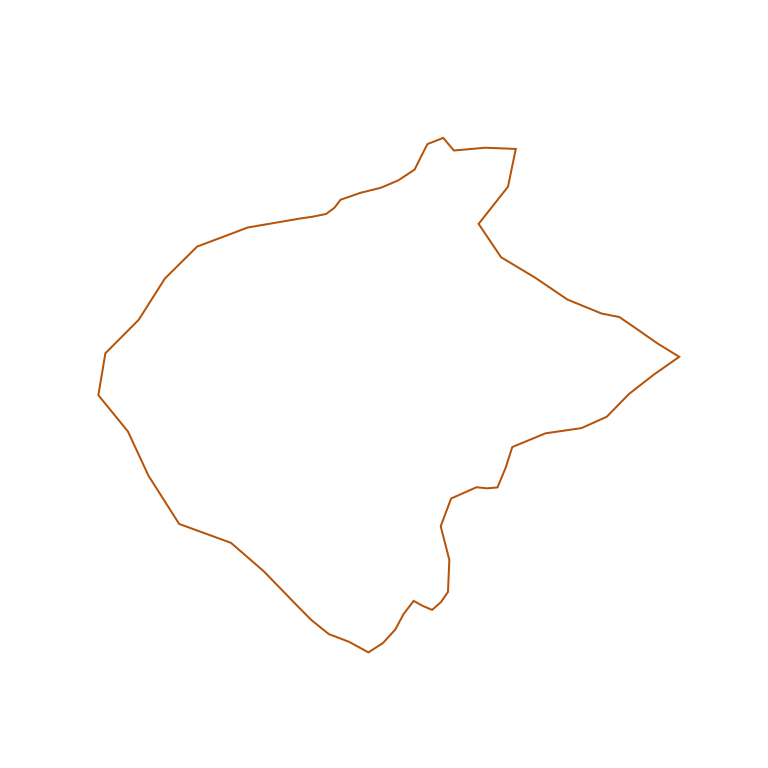 the District of İsmayıllı, rotated 196°
{"feature_id": "AZE-1705", "entity_name": "İsmayıllı", "entity_type": "District", "adm_level": 1, "iso_a3": "AZE", "parent_name": "Azerbaijan", "parent_adm1": "", "projection": "equal_earth", "projection_center": [48.077, 40.788], "detail": "fine", "context": "isolated", "style": "outline", "palette": "amber", "viewbox_px": 768, "rotation_deg": 196, "n_neighbors": 0, "source": "natural_earth", "source_scale": "10m", "svg_char_len": 922}
<svg xmlns="http://www.w3.org/2000/svg" viewBox="0 0 768 768"><g transform="rotate(196 384 384)"><path d="M381.2,627.7L351.9,639.0L322.1,646.3L319.2,607.8L337.2,564.0L306.4,538.1L267.8,527.8L230.9,515.7L194.3,511.7L176.1,513.2L157.5,507.0L132.8,498.5L107.7,491.5L127.3,467.3L145.8,441.9L160.8,414.0L182.1,396.0L215.2,381.1L243.3,358.8L244.0,336.9L246.4,315.9L255.9,312.2L266.7,310.2L287.9,292.5L290.3,262.9L272.7,232.9L265.2,201.8L269.1,190.1L275.5,180.1L285.7,181.4L295.7,183.7L301.7,168.5L305.5,151.0L313.6,134.8L325.0,121.7L346.4,126.5L368.2,128.4L388.8,137.1L409.1,148.5L447.9,170.8L487.3,189.1L542.3,193.0L585.0,230.8L617.1,267.8L655.5,294.5L660.3,336.8L637.5,378.1L623.7,425.0L601.5,464.6L558.1,496.9L510.8,519.7L498.6,525.2L486.5,531.5L480.2,539.8L476.6,549.1L459.5,561.2L441.1,571.8L426.5,583.6L413.7,598.5L411.0,613.1L408.4,626.6L394.9,636.9L381.2,627.7Z" fill="none" stroke="#b45309" stroke-width="2"/></g></svg>